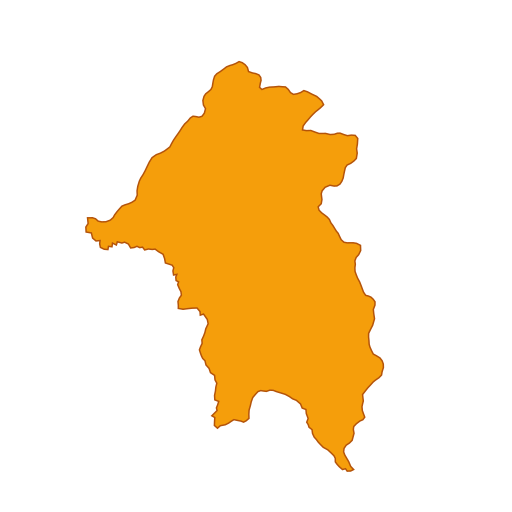 Fruta de Leite, Minas Gerais, Brazil (Albers equal-area conic projection), rotated 22°
{"feature_id": "56859067B77159548363551", "entity_name": "Fruta de Leite", "entity_type": "district", "adm_level": 2, "iso_a3": "BRA", "parent_name": "Brazil", "parent_adm1": "Minas Gerais", "projection": "albers", "projection_center": [-42.516, -16.13], "detail": "fine", "context": "isolated", "style": "filled", "palette": "amber", "viewbox_px": 512, "rotation_deg": 22, "n_neighbors": 0, "source": "geoboundaries", "source_scale": "gbopen_adm2", "svg_char_len": 4584}
<svg xmlns="http://www.w3.org/2000/svg" viewBox="0 0 512 512"><g transform="rotate(22 256 256)"><path d="M262.0,90.4L258.8,87.6L256.0,86.5L252.5,85.3L247.1,85.0L242.2,84.5L238.4,84.7L236.2,87.7L233.3,90.2L230.2,92.1L226.8,91.6L223.4,89.4L220.0,88.2L216.7,89.3L213.7,90.2L209.5,92.4L205.4,94.3L202.1,96.5L199.1,99.4L196.1,98.3L195.3,94.3L194.9,91.3L193.5,88.7L190.9,87.0L187.3,87.0L184.2,87.6L180.0,87.8L177.4,84.4L174.2,82.7L170.8,81.9L167.5,82.1L165.2,85.0L162.6,87.5L160.5,89.1L157.8,91.7L156.0,94.8L153.7,98.5L151.4,101.7L150.3,104.8L150.6,108.7L151.4,112.5L152.1,115.5L151.8,118.6L150.2,121.7L148.6,124.5L148.0,127.4L148.5,131.7L150.7,135.7L154.0,138.3L154.6,142.9L153.6,146.7L151.1,148.7L148.2,149.2L145.2,150.0L143.4,152.6L142.2,156.5L140.4,160.3L139.3,164.6L138.7,168.1L138.0,171.3L136.9,175.9L136.1,179.7L135.6,183.6L135.3,187.1L133.8,189.7L131.7,193.1L128.8,196.5L125.6,199.4L122.8,203.7L121.9,208.8L121.5,214.7L121.3,218.4L120.8,222.9L120.0,226.9L119.8,230.3L120.3,235.8L121.3,240.1L123.1,244.1L123.0,249.5L120.8,252.7L118.4,255.2L115.3,257.7L113.0,260.0L111.8,263.3L110.6,266.8L109.5,270.9L109.2,273.8L107.5,277.3L104.0,280.5L100.1,282.2L96.6,282.8L93.3,281.6L90.1,281.8L85.5,283.7L88.2,288.8L87.4,292.9L89.5,297.4L94.7,296.3L97.8,300.6L102.0,302.0L105.6,300.1L106.5,303.3L108.5,306.3L112.7,306.6L116.3,305.5L115.6,302.3L119.0,301.4L118.1,297.8L122.4,298.1L122.1,294.8L126.8,294.2L129.0,292.4L133.2,292.7L136.8,295.5L139.8,293.8L142.0,291.6L145.0,291.8L147.5,290.3L150.5,292.1L153.6,289.8L157.3,288.8L159.9,287.4L164.0,288.5L169.2,289.2L172.2,292.6L174.6,296.4L178.7,296.1L181.7,295.9L184.1,297.6L184.6,301.0L186.7,304.5L189.5,302.7L189.5,305.6L191.1,308.7L193.9,309.0L194.1,311.9L197.2,315.0L199.8,317.2L201.5,320.3L200.7,323.7L200.7,327.4L202.5,330.9L203.6,333.7L208.3,332.7L212.2,330.5L216.3,328.3L220.8,326.3L224.9,328.5L226.5,331.7L229.1,329.5L231.9,331.3L234.6,333.1L237.0,336.7L236.7,342.3L237.3,346.1L237.4,350.0L237.2,354.0L238.8,357.2L238.6,360.9L238.7,364.2L241.0,367.0L242.9,369.1L245.0,371.0L247.9,372.2L250.5,375.8L254.6,377.8L257.5,381.2L262.3,382.2L264.4,386.2L267.3,388.6L267.9,392.6L269.0,396.5L269.8,400.8L271.7,404.8L275.9,404.8L276.2,408.3L276.2,411.7L277.8,413.8L276.4,417.2L274.9,420.7L278.3,421.2L279.5,424.8L280.9,428.7L284.8,430.1L286.5,426.7L290.7,424.0L293.2,421.2L294.9,418.6L296.8,416.0L300.8,415.3L303.9,414.7L306.7,414.7L308.6,412.5L310.3,409.2L308.6,405.3L307.3,401.4L306.8,396.7L306.2,393.0L306.0,388.5L307.4,384.2L308.6,381.0L310.8,379.0L313.4,378.4L316.4,377.6L319.1,375.2L322.3,374.1L325.5,374.1L328.8,373.8L334.9,373.3L339.6,373.8L343.4,374.7L347.5,374.7L352.7,376.5L355.8,379.7L359.8,379.6L361.7,383.3L365.2,387.1L365.3,391.1L367.6,392.8L369.3,394.9L373.0,396.0L374.9,399.4L377.9,402.2L380.8,403.6L383.5,405.3L386.3,406.6L390.0,408.2L395.1,408.8L399.8,410.6L403.1,412.0L405.3,413.9L406.7,417.2L409.1,418.7L412.2,420.2L416.2,421.6L418.7,419.7L421.1,421.3L424.3,419.9L426.5,417.4L422.6,415.6L419.0,412.0L415.5,409.3L412.9,407.3L410.6,404.8L409.7,401.4L410.5,397.6L412.7,394.4L414.2,390.9L413.3,383.7L411.2,380.3L410.5,377.5L411.9,373.9L414.2,370.0L416.4,367.8L417.2,364.7L414.9,362.2L412.5,359.5L410.7,356.0L410.2,353.1L409.8,350.2L408.4,347.7L406.7,344.5L408.0,339.9L409.1,336.2L410.5,332.6L411.8,329.0L413.2,326.4L415.6,322.8L417.0,319.3L416.3,316.3L415.9,311.7L414.5,308.5L412.3,306.0L409.2,304.1L405.1,303.4L401.5,303.0L398.7,300.6L395.8,297.8L394.0,295.5L392.5,292.3L390.7,288.9L389.4,285.5L389.7,281.1L390.1,276.5L389.4,269.8L386.8,265.4L384.8,261.6L384.7,257.0L383.5,253.9L380.9,252.2L378.1,251.1L375.3,251.0L372.4,251.4L369.2,249.2L366.9,246.7L365.1,244.7L361.9,241.3L358.4,238.4L355.9,235.8L353.6,233.2L352.1,229.9L351.2,226.5L349.5,223.5L349.4,219.8L350.7,216.3L351.0,211.7L348.9,207.0L344.5,206.6L341.4,207.3L338.8,208.3L335.8,209.6L332.4,210.3L328.9,209.0L325.9,206.3L323.7,204.2L321.1,202.8L318.5,200.9L316.1,199.1L313.0,197.2L310.3,194.6L307.4,193.2L304.2,192.3L300.7,191.4L297.3,189.9L295.2,187.1L296.9,183.1L296.0,179.0L294.5,176.3L293.2,173.9L292.9,170.8L294.3,166.4L298.0,162.7L302.2,161.9L304.8,160.7L306.9,157.9L307.6,154.6L307.6,151.0L306.8,147.2L306.2,143.7L305.7,140.6L306.4,137.5L309.1,134.6L311.2,131.2L312.5,128.0L311.3,122.7L309.1,118.9L308.1,114.3L306.3,108.9L302.8,107.0L299.1,108.2L295.7,110.2L292.0,110.5L287.9,110.6L285.4,111.7L283.0,113.8L279.3,115.6L274.6,116.3L271.2,117.7L268.5,118.8L264.2,119.0L259.8,119.1L255.7,120.9L251.9,121.7L251.0,117.8L252.0,113.6L253.3,110.0L254.4,106.6L255.7,103.3L257.2,99.9L258.8,97.1L260.2,94.5L262.0,90.4Z" fill="#f59e0b" stroke="#b45309" stroke-width="1.5"/></g></svg>